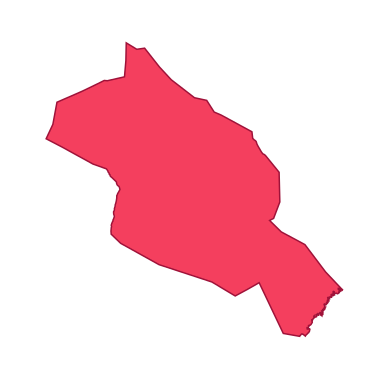 the district of Tarialan, Uvs, Mongolia, rotated 84°
{"feature_id": "93677404B95809249566268", "entity_name": "Tarialan", "entity_type": "district", "adm_level": 2, "iso_a3": "MNG", "parent_name": "Mongolia", "parent_adm1": "Uvs", "projection": "robinson", "projection_center": [92.281, 49.747], "detail": "fine", "context": "isolated", "style": "filled", "palette": "rose", "viewbox_px": 384, "rotation_deg": 84, "n_neighbors": 0, "source": "geoboundaries", "source_scale": "gbopen_adm2", "svg_char_len": 5326}
<svg xmlns="http://www.w3.org/2000/svg" viewBox="0 0 384 384"><g transform="rotate(84 192 192)"><path d="M44.0,224.1L44.3,232.0L36.8,241.8L54.3,244.0L70.4,247.1L72.5,264.6L71.9,267.6L74.4,274.3L80.2,290.4L88.6,316.9L110.2,323.3L123.8,331.5L133.6,316.7L153.9,287.5L159.9,275.0L160.3,274.5L160.9,274.3L161.4,273.9L162.2,273.5L163.0,273.4L163.8,273.1L164.1,272.8L165.0,272.4L165.4,272.3L165.8,272.4L166.0,272.2L166.4,271.7L167.4,271.7L168.2,271.2L169.2,270.2L171.6,268.2L173.5,266.6L174.3,266.1L175.5,266.1L176.4,265.9L177.4,265.5L177.8,265.2L178.5,264.4L179.0,264.0L179.5,263.8L181.8,263.4L182.0,263.4L184.2,264.9L185.8,266.1L186.9,266.6L187.8,267.2L190.2,267.5L192.9,268.2L195.2,269.0L196.7,269.7L198.3,270.0L200.3,270.9L201.1,270.9L202.4,271.3L202.7,271.5L203.1,271.9L203.6,272.1L205.8,272.2L207.6,271.8L208.8,271.9L209.3,272.2L209.9,272.6L210.8,272.9L211.6,273.5L212.7,273.7L213.6,274.4L215.2,275.2L216.6,275.8L217.7,275.6L218.3,275.7L219.3,276.1L220.1,276.2L222.0,276.6L222.8,276.7L224.2,276.7L225.5,276.8L235.6,268.3L260.8,232.4L283.6,181.6L299.9,159.9L294.7,147.2L289.2,134.7L342.2,116.0L346.8,100.0L346.2,99.8L345.8,99.0L345.5,98.8L344.9,98.2L344.7,97.8L344.6,97.4L345.1,96.7L345.2,96.3L345.4,96.0L346.2,95.4L346.3,95.1L346.6,94.8L347.1,94.5L347.2,94.4L346.2,93.6L345.1,92.1L344.4,91.4L344.1,90.7L343.5,90.3L342.7,89.7L341.6,89.4L340.8,89.1L340.5,89.2L340.2,89.6L340.1,90.3L340.5,90.7L340.5,91.0L340.4,91.1L340.3,91.7L339.7,91.7L339.4,91.6L339.3,91.8L339.1,91.8L338.9,91.7L339.0,91.2L339.4,90.9L339.5,90.7L339.5,90.4L339.0,90.6L338.7,90.6L338.3,90.4L338.0,90.0L337.7,89.8L337.4,89.4L337.2,89.4L336.9,89.7L336.7,88.8L336.8,88.6L336.7,88.1L336.1,87.4L335.2,86.8L334.6,86.2L334.1,86.0L333.6,86.0L333.1,86.1L332.9,86.3L332.1,86.2L332.3,86.0L332.4,85.8L332.1,85.7L331.9,85.5L331.6,85.7L331.4,85.2L330.8,84.9L330.6,84.4L329.9,84.1L329.8,83.7L329.8,83.3L329.7,83.2L329.2,83.4L328.7,83.8L328.4,83.6L328.2,83.7L327.9,83.5L327.8,83.4L328.8,83.2L329.2,83.1L329.3,82.9L329.2,81.8L329.2,81.7L329.0,81.1L328.8,81.0L328.5,81.1L328.3,81.3L328.1,81.4L327.7,81.2L327.3,81.4L326.9,81.4L326.7,80.9L326.7,80.6L327.5,80.6L327.5,80.1L327.6,79.8L327.5,79.7L327.1,79.8L326.9,79.7L326.3,79.8L326.1,79.6L326.4,79.3L327.5,79.2L327.8,79.0L327.8,78.9L327.6,78.8L326.7,78.7L326.2,78.1L326.1,77.5L325.8,77.6L325.8,77.4L325.7,77.4L325.5,77.5L325.3,77.3L325.6,77.0L325.5,76.7L326.5,76.2L326.2,76.0L326.0,75.8L326.1,75.6L326.3,75.5L326.6,75.5L326.8,75.6L326.8,75.9L327.1,76.3L327.0,76.7L327.0,76.8L327.2,77.0L327.6,77.0L327.8,76.9L327.9,76.7L328.2,76.5L328.3,76.2L328.6,75.9L328.3,75.9L327.8,76.5L327.6,76.5L327.5,76.4L327.5,76.1L327.6,75.8L327.8,75.5L327.4,75.4L327.4,75.2L327.6,75.1L327.5,74.7L327.2,74.7L327.0,75.0L326.8,75.2L326.7,75.2L326.6,74.8L325.8,75.2L325.6,75.2L325.4,75.0L325.4,74.8L325.6,74.5L325.6,74.4L325.4,74.4L325.1,74.6L324.7,74.6L324.7,74.9L324.6,75.0L324.2,75.4L323.8,75.5L323.6,75.1L323.9,74.2L323.9,73.9L323.6,73.7L323.3,74.3L323.0,74.5L322.5,74.3L322.5,74.0L322.6,73.7L322.9,73.5L322.8,73.4L323.0,72.9L322.9,72.7L322.7,72.7L322.5,72.8L322.3,73.3L322.0,73.3L321.6,73.1L321.6,72.7L322.1,72.0L322.0,71.9L321.8,71.9L321.1,72.6L320.9,72.5L320.8,71.9L320.6,71.8L320.6,71.7L321.0,71.5L320.7,71.5L320.6,71.4L320.4,71.2L320.2,71.7L319.6,72.1L318.8,71.9L318.6,72.0L318.4,72.2L318.1,72.3L317.8,72.4L317.3,72.2L317.2,72.0L317.4,71.8L318.1,71.8L318.4,71.7L318.3,71.3L317.9,71.2L317.7,71.0L318.1,70.6L318.1,70.4L317.9,70.3L317.5,70.3L317.2,70.1L317.2,69.8L317.3,69.7L316.7,69.0L316.2,69.5L315.8,69.7L315.6,69.3L315.6,69.0L315.7,68.8L316.0,68.6L315.8,68.5L315.6,68.6L315.4,68.5L315.5,68.1L315.4,68.1L314.3,68.7L313.8,68.7L313.7,68.6L313.8,68.1L313.7,67.7L313.8,67.5L314.2,67.4L314.3,67.2L313.1,67.3L313.0,67.5L312.7,67.6L312.7,67.8L311.8,68.1L311.2,68.1L311.1,67.9L311.7,67.5L312.0,67.2L312.4,66.4L312.1,66.3L312.1,66.7L311.6,66.6L311.1,66.7L311.1,66.4L311.5,66.2L310.8,66.1L310.7,65.8L310.7,65.5L310.4,65.2L310.3,64.9L310.5,64.7L311.0,64.7L311.3,64.6L311.3,64.2L311.1,64.1L310.4,64.0L310.2,64.0L309.7,64.3L308.5,64.3L308.4,64.1L308.5,64.0L309.1,63.4L309.9,63.4L309.8,62.2L309.3,61.8L309.2,61.5L309.3,61.3L309.3,61.2L308.7,61.4L308.6,61.5L309.0,61.7L308.4,62.3L307.9,62.5L307.4,62.4L307.3,61.8L306.9,61.6L306.7,61.6L306.3,62.0L305.7,62.0L305.6,61.8L305.7,61.6L306.1,61.7L306.1,61.4L305.9,61.3L306.0,61.0L306.2,60.9L306.6,61.0L307.0,60.9L307.2,61.0L307.3,61.4L307.7,61.6L307.9,61.6L308.1,61.4L308.2,61.1L308.2,60.7L307.8,59.7L307.7,59.3L307.8,58.8L308.4,58.2L308.4,57.7L308.1,57.1L307.3,56.6L306.8,56.5L306.6,56.3L307.2,55.9L306.9,55.7L306.3,55.7L306.0,55.5L305.9,55.4L306.0,55.1L305.7,55.1L305.9,54.8L305.9,54.6L305.6,54.8L305.5,55.0L305.4,55.1L305.4,55.5L304.6,55.7L304.5,55.8L304.7,56.1L304.1,56.4L304.1,56.6L303.9,56.7L303.7,56.8L303.5,56.7L303.3,56.5L303.1,56.5L303.1,56.2L303.2,55.9L303.7,55.6L303.8,55.4L303.8,55.1L303.9,54.9L304.5,54.8L304.5,54.7L304.7,54.3L304.1,54.5L303.9,54.2L303.8,53.9L304.0,53.6L304.4,53.3L305.2,52.7L304.9,52.5L303.7,53.6L285.5,67.5L256.1,85.2L241.0,107.4L228.4,117.8L226.8,113.6L211.1,105.7L181.5,103.3L163.7,114.9L162.4,116.0L161.8,117.0L161.3,117.7L159.2,118.9L153.2,121.6L151.1,122.4L148.6,122.9L147.8,123.4L147.2,124.0L146.7,124.7L146.1,125.1L145.1,126.0L138.4,126.1L118.5,155.0L114.8,161.6L102.4,167.8L98.5,179.7L78.2,200.9L64.3,211.3L44.0,224.1Z" fill="#f43f5e" stroke="#9f1239" stroke-width="1.5"/></g></svg>